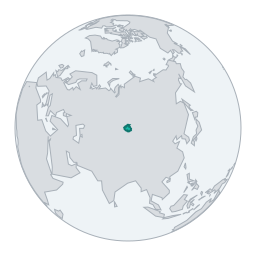 Gorno-Altay on an orthographic globe
{"feature_id": "RUS-2400", "entity_name": "Gorno-Altay", "entity_type": "Republic", "adm_level": 1, "iso_a3": "RUS", "parent_name": "Russia", "parent_adm1": "", "projection": "orthographic", "projection_center": [87.215, 50.869], "detail": "fine", "context": "on_globe", "style": "filled", "palette": "teal", "viewbox_px": 256, "rotation_deg": 0, "n_neighbors": 0, "source": "natural_earth", "source_scale": "10m", "svg_char_len": 13031}
<svg xmlns="http://www.w3.org/2000/svg" viewBox="0 0 256 256"><circle cx="128" cy="128" r="113" fill="#eef3f6" stroke="#a8b0b8"/><path d="M171.6,24.2L173.0,25.3L167.7,25.6L166.1,24.3L165.0,24.7L166.9,26.4L168.5,27.5L167.3,33.0L172.5,41.1L177.5,43.8L173.8,43.3L185.4,48.9L190.4,54.5L182.7,48.2L180.4,47.5L182.7,51.1L180.8,51.3L180.9,53.2L178.4,53.2L174.2,49.8L172.5,49.7L174.3,52.3L172.9,54.1L170.5,50.3L167.9,53.0L160.3,48.3L156.0,38.9L149.8,37.2L140.0,30.1L138.9,31.1L134.5,29.4L131.5,30.0L130.5,28.8L129.0,30.4L130.5,31.5L130.3,32.6L128.7,33.1L127.2,31.5L127.7,31.0L126.5,30.8L126.4,29.8L125.5,30.6L123.9,28.8L123.1,31.4L119.8,30.6L119.3,29.2L122.5,28.3L129.4,23.4L129.9,22.1L127.5,20.8L116.3,20.6L115.5,19.7L112.3,19.2L111.2,20.1L113.4,20.8L110.6,22.4L113.6,23.3L112.9,24.2L114.7,25.8L111.1,26.7L106.5,26.9L104.8,25.8L102.8,25.9L101.7,28.1L95.9,27.3L87.4,29.3L86.3,29.1L89.0,26.4L96.0,23.3L99.5,20.6L93.8,23.7L91.0,23.5L89.2,24.1L87.3,25.0L87.0,25.6L85.3,25.9L90.4,22.8L92.0,22.5L90.4,23.4L93.6,22.1L97.0,20.3L95.4,20.6L102.2,18.4L101.1,18.6L101.5,18.5L102.5,18.3L103.3,18.1L102.5,18.3L111.2,16.6L119.9,15.6L128.7,15.4L137.5,15.8L146.3,16.9L154.9,18.6L163.4,21.1L171.6,24.2ZM222.2,66.3L222.2,66.2L222.2,66.3ZM222.4,66.5L222.5,66.7L222.4,66.5ZM222.7,67.2L222.5,66.7L222.9,67.4L222.7,67.2ZM223.4,68.2L223.0,67.6L223.4,68.2ZM224.0,69.4L224.1,69.7L223.7,69.0L224.0,69.4ZM169.4,28.0L167.2,26.5L166.1,25.0L168.2,26.2L169.4,28.0ZM171.1,31.4L169.5,30.6L170.9,29.9L171.4,30.5L171.1,31.4ZM181.4,45.9L179.9,44.1L182.0,45.8L181.4,45.9ZM181.3,53.5L182.4,54.0L182.0,54.8L181.3,53.5ZM116.6,25.2L115.7,25.5L115.8,25.0L116.6,25.2ZM118.3,25.6L119.1,24.9L120.0,25.0L119.5,25.5L118.3,25.6ZM177.8,55.6L176.8,56.8L177.1,54.9L177.8,55.6ZM117.1,26.5L121.5,25.4L123.1,25.6L122.4,27.5L117.1,26.5ZM175.8,57.2L173.5,60.5L175.6,61.8L168.4,60.1L172.7,57.7L172.7,55.1L174.1,56.9L175.8,57.2ZM131.6,31.6L130.0,30.5L132.8,30.9L131.6,31.6ZM133.5,31.6L142.5,31.9L144.0,34.0L140.7,33.4L144.0,35.9L140.3,36.7L137.7,35.6L137.4,34.0L136.3,35.6L133.5,31.6ZM164.8,58.8L163.6,59.2L164.0,58.1L164.8,58.8ZM130.4,33.1L132.1,32.9L133.6,34.7L130.5,35.4L131.0,34.6L130.4,33.1ZM146.6,36.1L147.2,37.7L144.4,38.8L144.2,39.5L140.4,36.9L146.6,36.1ZM129.9,34.4L128.9,35.7L126.8,35.4L128.9,33.4L129.9,34.4ZM135.3,34.8L135.8,35.7L134.5,35.5L135.3,34.8ZM118.5,35.4L120.5,34.9L121.5,35.8L118.5,35.4ZM128.7,36.3L129.5,36.4L130.1,36.7L129.0,37.5L128.7,36.3ZM138.7,37.9L137.4,38.1L140.1,39.1L138.1,40.0L135.9,38.1L136.0,39.4L135.4,39.7L134.3,37.8L138.7,37.9ZM129.7,39.3L126.2,37.5L122.4,38.0L121.4,37.2L127.8,36.5L129.7,39.3ZM132.5,38.6L130.6,38.8L130.4,37.7L131.6,36.8L132.5,38.6ZM137.6,41.4L141.2,40.4L141.5,40.8L137.6,41.4ZM128.6,39.7L129.5,40.1L128.4,39.9L128.6,39.7ZM134.9,41.1L136.1,40.6L136.5,41.2L134.9,41.1ZM130.2,41.5L129.1,40.8L129.9,40.2L130.2,41.5ZM132.4,41.5L132.6,42.3L130.8,40.3L132.9,41.2L132.4,41.5ZM135.0,41.7L135.7,41.8L134.5,41.8L135.0,41.7ZM127.9,44.5L125.5,42.1L127.2,40.6L129.3,43.1L127.9,44.5ZM17.9,104.2L22.7,88.3L23.8,86.7L26.7,81.6L36.7,82.6L35.9,87.8L40.5,99.7L40.6,102.1L36.8,105.0L37.7,120.3L41.8,119.7L45.7,130.9L50.4,136.0L57.7,129.6L50.1,121.1L51.9,115.5L60.6,118.8L67.7,126.6L68.6,124.7L66.8,116.6L71.1,115.4L66.4,113.6L66.3,116.5L63.4,115.6L63.3,112.9L64.9,112.5L63.5,109.5L56.5,112.5L55.6,115.8L50.4,110.7L48.4,115.8L46.0,115.8L48.4,107.3L50.2,105.5L52.4,93.8L50.0,95.2L47.8,106.4L47.3,104.3L44.0,106.5L46.1,103.2L49.1,90.9L46.2,86.0L37.7,86.3L36.9,83.1L38.4,77.9L46.2,72.1L47.0,80.1L49.8,78.5L53.7,72.8L53.6,75.8L55.3,74.6L56.0,77.5L60.9,78.0L62.3,80.7L68.0,77.6L69.5,78.7L65.6,80.1L63.7,82.7L67.4,89.6L69.3,90.0L72.7,87.5L73.3,89.9L76.2,86.7L80.2,89.5L77.7,83.5L81.7,80.8L86.2,80.9L87.1,79.0L79.7,78.9L77.2,79.9L75.8,82.4L68.5,84.6L66.4,83.0L72.3,76.9L69.9,74.0L75.6,70.8L92.0,72.6L96.8,75.2L96.9,85.5L93.5,86.5L91.8,83.1L89.9,88.8L91.7,87.1L92.2,89.2L96.1,87.4L96.7,88.8L99.5,84.9L100.6,86.4L98.8,88.9L105.6,88.0L108.9,90.7L110.2,89.8L110.6,88.2L114.5,92.9L115.3,92.1L114.3,90.2L115.2,87.4L118.2,84.3L119.4,86.2L118.5,87.5L118.3,93.2L115.6,96.6L116.4,97.1L119.0,94.5L119.3,87.6L120.8,85.3L121.1,88.4L121.1,87.1L122.3,86.5L124.5,87.7L124.3,84.2L135.1,76.3L140.5,78.1L139.6,81.7L148.4,78.8L153.8,81.5L152.8,79.7L156.4,77.4L154.8,76.5L154.6,75.5L163.1,69.8L166.0,70.0L168.6,66.0L168.1,65.1L166.1,64.7L168.4,60.1L175.6,61.8L176.3,63.7L180.3,63.6L181.4,68.0L184.1,71.8L182.9,76.9L185.2,79.6L186.5,79.3L190.6,83.0L194.4,91.9L185.5,85.9L178.6,73.8L180.9,78.7L178.7,78.1L178.5,80.2L180.2,83.8L181.5,83.9L175.5,92.8L176.3,103.8L180.4,101.3L183.9,103.1L188.5,114.6L184.0,133.8L188.7,137.2L189.5,140.4L186.8,143.7L185.5,139.1L182.0,138.7L181.6,135.7L176.8,139.8L176.1,135.9L172.7,141.2L175.0,143.8L179.5,141.5L176.9,148.1L182.6,151.8L184.2,157.9L177.8,171.2L169.9,176.6L169.7,178.6L166.0,177.3L161.9,181.9L169.3,190.2L169.3,193.0L162.3,199.6L162.0,197.7L152.4,194.4L151.1,200.9L158.4,204.9L161.0,209.9L155.6,209.2L152.9,204.6L149.5,203.3L150.1,197.8L146.6,189.6L141.1,191.7L141.2,188.1L135.6,180.8L127.6,183.2L115.0,192.0L113.8,200.5L109.3,203.5L102.4,190.0L101.6,180.9L97.7,180.8L91.8,171.2L77.5,165.4L76.8,162.4L73.8,162.3L69.9,157.5L69.2,152.6L66.3,151.1L68.4,164.1L71.7,165.7L76.3,163.6L76.1,167.6L80.0,172.8L71.1,177.8L52.0,174.1L52.3,167.1L49.1,141.4L50.4,139.8L50.4,139.5L50.5,139.0L48.0,141.3L48.2,136.3L47.6,153.1L46.5,158.8L51.7,174.2L50.7,174.6L53.0,178.4L63.1,182.2L62.7,184.2L56.6,190.0L44.6,192.1L47.4,200.1L48.7,204.8L44.0,202.2L47.3,206.4L45.6,204.8L39.8,198.0L34.6,190.9L29.9,183.4L25.9,175.5L22.5,167.3L22.3,167.0L20.9,162.4L17.7,146.9L18.2,143.2L17.9,139.1L17.0,135.9L16.9,131.0L16.5,128.5L16.1,114.7L16.5,112.1L17.9,104.2ZM29.9,85.9L28.8,87.1L29.9,85.9ZM73.0,139.2L78.7,143.2L80.0,136.1L82.3,137.1L81.9,134.4L80.1,135.5L79.6,128.4L83.5,128.4L84.7,125.6L82.9,124.1L75.9,125.4L76.5,135.4L73.5,136.8L73.0,139.2ZM90.8,23.6L90.3,23.9L88.3,24.8L89.0,24.3L90.8,23.6ZM81.0,29.8L78.6,30.2L80.8,29.4L81.3,28.7L86.5,26.3L86.0,28.9L85.3,28.1L81.0,29.8ZM93.3,24.2L90.0,25.2L93.6,24.0L93.3,24.2ZM63.8,65.5L62.8,67.5L60.6,68.1L58.9,65.4L62.1,64.4L63.8,65.5ZM61.8,70.4L68.1,65.4L69.4,67.1L67.6,67.0L67.8,68.6L65.0,68.8L60.0,75.5L57.7,76.6L55.9,70.5L57.8,71.8L58.7,69.7L61.8,70.4ZM82.0,51.6L84.7,50.0L83.9,55.7L81.5,56.6L79.7,53.7L81.5,51.0L82.0,51.6ZM115.0,30.4L116.1,29.8L116.5,30.2L115.9,31.0L115.0,30.4ZM119.4,35.1L110.6,33.6L111.4,32.8L105.2,33.2L105.0,31.2L109.0,31.0L104.2,29.9L107.7,28.9L104.3,28.5L113.2,28.2L116.1,27.4L112.9,29.0L113.0,30.7L114.0,31.3L118.9,32.3L125.3,31.8L126.5,33.7L125.6,35.1L124.2,35.5L123.9,34.2L122.3,35.7L120.8,34.1L119.4,35.1ZM114.4,54.1L114.6,51.8L111.2,55.6L109.6,53.5L109.3,54.1L107.0,53.3L103.6,53.4L103.4,52.3L102.1,52.8L100.5,52.4L98.8,52.8L97.7,51.0L95.5,51.4L96.3,50.3L92.7,51.5L94.9,49.9L93.1,49.3L91.9,51.2L90.6,41.5L88.4,39.0L85.4,38.0L89.5,35.6L95.1,35.1L100.6,36.1L102.2,38.9L103.8,37.4L105.0,38.4L103.2,39.2L106.7,38.5L107.2,39.6L112.2,41.1L116.8,39.8L118.8,40.4L117.2,41.5L120.2,41.4L118.6,43.8L119.9,44.4L119.6,47.4L115.8,49.2L117.6,49.7L117.5,52.2L114.4,54.1ZM127.7,45.3L123.5,47.7L120.6,47.9L122.3,42.6L121.3,41.7L122.3,38.6L126.5,38.5L125.8,39.4L126.1,40.2L124.7,39.9L126.1,40.8L125.2,42.1L126.1,43.2L124.5,43.7L127.7,45.3ZM42.6,102.3L42.9,103.8L44.0,105.6L42.0,107.1L42.6,102.3ZM44.5,93.9L45.1,94.8L42.7,97.7L42.3,96.3L44.5,93.9ZM47.5,93.0L45.3,94.7L46.3,92.9L47.5,93.0ZM66.5,80.8L67.4,81.7L66.7,82.5L65.2,82.8L66.5,80.8ZM103.8,65.6L104.4,64.1L105.2,64.1L108.3,61.7L109.7,63.1L108.3,65.1L103.8,65.6ZM55.3,129.6L52.7,129.7L52.6,128.2L53.5,128.4L55.3,129.6ZM46.1,118.2L47.3,121.9L45.6,118.5L46.1,118.2ZM105.9,66.7L107.0,65.5L107.0,67.0L105.9,66.7ZM110.9,64.0L111.2,65.6L110.2,63.0L110.9,64.0ZM63.0,214.2L62.2,218.6L58.1,215.8L55.5,213.0L54.6,209.4L58.6,211.1L60.1,210.1L63.0,214.2ZM186.5,213.1L189.3,212.0L189.2,212.3L186.5,213.1ZM183.5,213.4L186.9,212.1L182.8,214.2L183.5,213.4ZM188.2,211.5L191.6,209.4L193.1,208.3L192.7,209.0L188.2,211.5ZM181.2,214.3L168.1,218.4L162.8,218.9L164.2,217.6L172.7,215.6L181.2,214.3ZM163.7,217.6L155.6,216.1L143.8,207.3L148.0,207.1L160.2,211.6L159.5,212.8L164.4,214.3L163.7,217.6ZM183.2,206.0L182.4,209.3L175.3,211.5L172.0,212.0L169.7,208.6L171.0,206.2L173.7,205.5L183.8,194.6L187.4,195.1L184.4,199.5L187.3,201.1L183.2,206.0ZM114.3,201.3L117.1,206.4L114.6,206.9L114.3,201.3ZM187.5,187.4L183.7,192.6L187.0,186.4L187.5,187.4ZM189.2,182.0L189.6,183.7L187.8,182.6L189.2,182.0ZM169.9,181.4L167.0,182.6L166.8,181.2L170.3,178.8L169.9,181.4ZM185.4,162.9L186.0,167.3L185.7,168.9L184.1,166.8L185.4,162.9ZM119.3,78.6L113.4,80.3L110.0,82.7L109.6,86.0L107.7,82.3L112.8,78.5L119.3,78.6ZM133.0,76.4L133.3,73.8L134.9,74.5L135.0,75.2L133.0,76.4ZM132.0,75.0L129.3,72.5L130.6,70.9L132.5,73.1L132.0,75.0ZM117.4,69.3L115.5,69.7L115.6,68.4L117.4,69.3ZM175.0,230.4L171.5,231.9L173.6,230.8L172.5,229.7L173.9,229.3L174.5,227.4L186.8,220.4L195.9,211.8L201.4,208.7L206.3,202.2L211.5,198.4L209.2,202.6L213.7,199.7L219.0,190.0L219.5,193.4L220.6,192.1L215.4,199.0L209.8,205.5L203.6,211.5L197.0,217.0L190.0,222.0L182.6,226.5L175.0,230.4ZM234.6,164.3L234.9,163.3L235.0,163.3L234.6,164.3ZM193.5,210.0L197.7,205.8L199.8,204.5L193.5,210.0ZM234.5,164.4L233.9,165.9L234.0,165.4L234.5,164.4ZM234.7,163.4L234.8,163.0L234.9,163.4L234.7,163.4ZM233.7,165.1L234.4,164.2L233.6,165.4L233.7,165.1ZM233.2,166.3L232.6,167.1L232.7,166.8L233.2,166.3ZM224.6,180.0L227.1,179.4L224.7,182.6L222.2,183.9L219.5,188.5L213.9,193.5L215.4,191.1L214.8,189.8L208.5,193.9L207.2,193.4L209.6,190.9L205.2,192.7L210.1,188.8L211.9,190.3L214.5,186.0L218.8,182.8L222.6,179.8L225.4,178.4L224.6,180.0ZM209.8,195.0L210.6,194.4L209.8,195.7L209.8,195.0ZM231.5,168.0L232.3,167.5L232.2,168.0L231.7,168.7L231.5,168.0ZM226.1,177.1L229.2,170.9L229.9,170.0L227.8,175.2L226.1,177.1ZM228.6,170.4L229.9,168.9L230.5,169.1L230.2,169.9L228.6,170.4ZM200.0,198.9L199.7,199.8L198.4,200.0L200.0,198.9ZM201.7,197.5L205.5,195.9L201.3,198.4L201.7,197.5ZM189.3,201.0L190.5,202.4L194.4,199.3L191.4,202.5L193.9,204.3L193.0,205.8L190.5,203.8L189.4,207.6L187.7,208.3L186.9,205.8L188.7,201.4L190.4,199.1L197.4,195.0L189.3,201.0ZM201.7,195.2L200.7,193.5L201.4,191.5L202.6,192.1L201.7,195.2ZM197.3,189.4L194.2,188.0L191.6,190.4L196.6,183.6L198.8,186.2L197.3,189.4ZM194.3,184.2L191.9,186.4L194.3,182.7L194.3,184.2ZM191.2,185.7L190.7,183.7L192.7,183.1L191.2,185.7ZM195.6,183.7L195.7,179.8L196.9,181.4L195.6,183.7ZM189.3,179.1L194.0,180.8L188.2,181.8L187.0,174.5L189.3,173.3L189.3,179.1ZM196.0,140.9L194.8,138.7L196.6,137.0L196.9,138.9L196.0,140.9ZM201.6,130.0L196.8,135.9L192.7,140.7L194.4,141.0L194.4,145.7L191.2,143.1L193.4,136.8L196.6,133.8L196.1,130.0L197.9,126.1L196.0,122.0L196.5,119.4L199.2,122.3L201.6,130.0ZM195.1,120.4L192.4,112.6L196.3,111.3L197.8,112.7L197.4,116.8L195.3,117.2L195.1,120.4ZM192.9,110.3L190.9,110.7L182.8,101.3L182.0,99.1L190.3,105.2L188.9,106.0L190.2,108.6L192.9,110.3ZM164.5,60.0L163.7,59.2L164.9,59.5L164.5,60.0ZM153.6,75.1L153.6,73.7L155.1,73.9L153.6,75.1ZM154.3,70.1L152.7,70.8L154.0,69.3L154.3,70.1ZM149.0,72.6L151.8,70.7L149.9,73.6L149.0,72.6Z" fill="#d9dde1" stroke="#a8b0b8" stroke-width="1"/><path d="M128.8,131.3L128.6,131.4L128.4,131.4L128.4,131.5L128.2,131.5L128.1,131.3L128.0,131.2L127.9,131.2L127.7,131.2L127.6,130.9L127.5,130.7L127.4,130.6L127.2,130.6L127.3,130.4L127.4,130.2L127.2,130.1L127.1,130.3L126.9,130.5L126.7,130.7L126.7,130.8L126.6,130.7L126.4,130.7L126.2,130.6L126.0,130.4L125.9,130.4L125.9,130.5L125.7,130.4L125.6,130.5L125.4,130.4L125.4,130.2L125.3,129.9L125.2,129.9L125.1,129.7L125.0,129.4L124.9,129.4L124.7,129.3L124.6,129.2L124.4,129.2L124.2,128.9L124.2,128.7L124.2,128.4L124.4,128.3L124.6,128.3L124.7,128.2L124.8,128.1L124.7,127.9L124.6,127.7L124.4,127.6L124.1,127.5L124.0,127.4L124.4,127.1L124.5,127.1L124.9,127.0L124.9,126.9L125.0,126.9L125.3,126.8L125.3,126.7L125.5,126.7L125.5,126.8L125.6,126.7L125.8,126.6L125.9,126.4L126.0,126.3L126.1,126.2L126.2,126.3L126.2,126.2L126.3,126.1L126.2,126.0L126.3,126.0L126.4,125.9L126.4,125.7L126.5,125.6L126.8,125.7L127.0,125.8L127.0,125.7L127.3,125.6L127.5,125.6L127.5,125.4L127.5,125.2L127.4,125.1L127.4,124.8L127.4,124.7L127.5,124.7L127.9,124.5L128.0,124.6L127.9,124.6L128.0,124.6L128.2,124.8L128.4,124.8L128.5,124.8L128.8,124.7L128.9,124.8L129.0,124.8L129.2,125.0L129.2,124.9L129.3,124.9L129.5,124.9L129.4,125.0L129.5,125.0L129.4,125.2L129.4,125.4L129.4,125.5L129.2,125.5L129.3,125.6L129.2,125.7L129.0,125.8L128.9,125.8L128.8,126.1L128.9,126.3L129.1,126.2L129.1,126.3L128.9,126.5L128.9,126.8L129.1,126.9L129.1,127.0L129.3,127.0L129.6,127.1L129.8,126.9L129.8,126.7L130.0,126.7L130.0,126.8L130.1,127.0L130.1,127.3L130.3,127.4L130.3,127.5L130.5,127.8L130.7,128.0L130.8,128.1L130.9,128.3L131.0,128.4L131.0,128.5L131.3,128.6L131.3,128.8L131.2,128.8L130.9,128.8L130.9,128.7L130.9,128.8L130.8,129.0L130.7,129.0L130.7,129.3L130.8,129.3L131.0,129.5L130.9,129.6L131.0,129.6L131.0,129.8L131.0,130.0L131.1,130.3L130.9,130.3L130.8,130.5L130.7,130.5L130.6,130.4L130.5,130.5L130.3,130.7L130.2,130.8L130.2,130.7L130.1,130.8L129.9,130.8L129.8,130.7L129.7,130.7L129.3,130.8L129.2,130.8L129.2,131.0L129.0,131.3L128.8,131.4L128.8,131.3Z" fill="#14b8a6" stroke="#0f766e" stroke-width="1.5"/></svg>